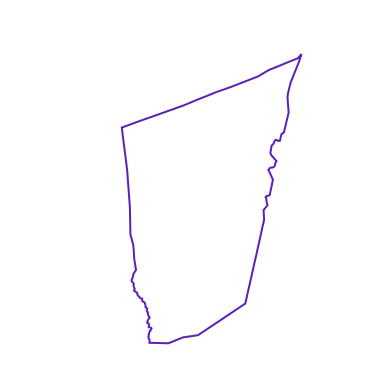 outline of San Sebastián Nicananduta, Oaxaca, Mexico, rotated 191°
{"feature_id": "50627088B60877418220141", "entity_name": "San Sebastián Nicananduta", "entity_type": "district", "adm_level": 2, "iso_a3": "MEX", "parent_name": "Mexico", "parent_adm1": "Oaxaca", "projection": "robinson", "projection_center": [-97.675, 17.518], "detail": "fine", "context": "isolated", "style": "outline", "palette": "violet", "viewbox_px": 384, "rotation_deg": 191, "n_neighbors": 0, "source": "geoboundaries", "source_scale": "gbopen_adm2", "svg_char_len": 2397}
<svg xmlns="http://www.w3.org/2000/svg" viewBox="0 0 384 384"><g transform="rotate(191 192 192)"><path d="M244.4,138.7L239.4,128.5L235.7,114.6L232.1,104.9L234.1,99.7L233.8,99.3L233.8,97.9L233.9,96.7L234.5,93.9L234.3,93.2L233.7,92.4L232.4,91.7L232.0,91.3L231.6,90.9L231.6,89.9L231.6,89.2L231.1,88.1L230.9,87.7L230.5,87.0L229.7,85.9L230.1,84.1L228.9,83.5L226.5,82.5L226.0,80.9L225.3,80.0L224.4,79.4L223.7,79.0L223.1,78.3L222.4,77.9L221.8,77.9L220.6,77.8L220.4,76.9L220.2,76.4L220.1,75.5L218.9,75.0L218.0,74.7L217.4,74.3L216.6,73.2L216.2,72.1L215.7,70.7L215.7,70.1L215.0,69.8L214.3,69.5L213.7,69.0L213.8,68.1L213.7,66.7L213.0,66.1L213.0,65.8L212.4,65.3L212.1,64.5L212.1,64.1L211.3,62.5L210.9,61.9L210.1,61.5L209.7,60.6L209.7,60.1L210.1,59.7L210.4,59.2L210.8,57.6L211.1,56.4L211.1,55.3L210.8,54.9L210.3,54.8L210.1,55.0L209.1,54.1L208.8,52.4L208.6,51.0L208.2,51.1L207.6,51.1L207.0,51.0L206.1,50.8L205.7,50.4L205.8,49.7L205.9,49.0L206.2,48.4L206.5,48.0L206.9,47.8L207.0,47.0L206.9,46.7L206.9,46.2L207.1,45.4L207.2,45.0L207.4,44.6L207.3,43.9L207.0,42.6L207.1,40.9L206.8,40.5L206.2,39.8L205.4,38.6L205.3,38.1L205.2,37.0L205.2,36.2L205.3,36.0L205.5,35.8L205.9,35.7L186.3,39.0L173.2,47.5L158.8,52.6L143.4,67.8L118.4,92.7L118.3,95.8L118.1,103.5L118.0,107.1L117.8,111.5L117.7,116.6L117.5,121.1L117.5,122.7L117.5,124.0L117.3,128.0L117.3,130.3L117.1,136.3L116.9,141.5L116.8,144.6L116.7,149.3L116.5,156.6L116.5,157.5L116.4,160.5L116.3,164.3L116.2,170.8L116.0,175.4L115.9,178.3L116.3,180.2L117.0,182.8L118.3,187.9L115.5,193.1L115.5,193.5L115.6,194.1L116.0,194.7L116.7,196.1L118.0,200.2L118.8,201.0L117.7,202.4L115.2,203.5L115.0,211.3L114.9,219.5L116.4,221.6L119.0,225.3L121.3,228.4L120.2,230.1L119.7,230.8L117.1,231.6L115.8,233.1L115.7,236.2L115.0,238.5L119.9,242.3L121.5,243.6L122.5,245.3L122.6,248.2L122.7,252.6L121.2,255.0L120.6,258.2L119.5,259.3L116.6,258.6L115.5,259.0L115.3,263.3L115.1,266.2L113.2,267.8L113.1,269.8L112.9,273.3L112.3,288.5L112.5,289.3L113.8,293.8L115.9,301.7L116.3,303.3L116.6,307.4L116.2,315.6L116.0,318.5L113.8,330.1L112.2,338.1L110.8,348.3L113.6,343.5L123.7,337.0L130.4,332.5L139.9,326.4L149.4,317.9L158.5,312.2L173.6,302.7L187.4,294.6L204.4,283.6L216.6,275.5L240.0,261.6L249.7,255.9L258.9,250.5L273.2,241.9L270.9,234.8L268.8,228.3L264.0,213.8L259.7,200.7L257.9,193.9L254.2,180.4L250.0,164.9L247.0,151.0L245.2,142.5L244.4,138.7Z" fill="none" stroke="#5b21b6" stroke-width="2"/></g></svg>